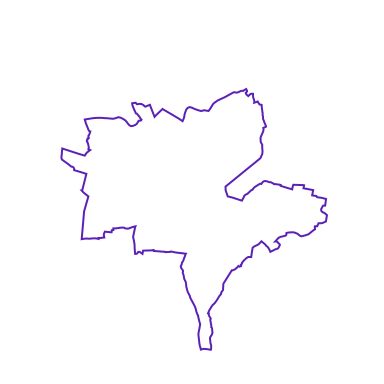 Beius, Bihor, Romania, rotated 136°
{"feature_id": "2599482B17721412870044", "entity_name": "Beius", "entity_type": "district", "adm_level": 2, "iso_a3": "ROU", "parent_name": "Romania", "parent_adm1": "Bihor", "projection": "mercator", "projection_center": [22.351, 46.679], "detail": "fine", "context": "isolated", "style": "outline", "palette": "violet", "viewbox_px": 384, "rotation_deg": 136, "n_neighbors": 0, "source": "geoboundaries", "source_scale": "gbopen_adm2", "svg_char_len": 5982}
<svg xmlns="http://www.w3.org/2000/svg" viewBox="0 0 384 384"><g transform="rotate(136 192 192)"><path d="M220.6,315.1L223.6,307.8L223.5,306.5L223.2,306.2L223.6,306.0L224.0,305.6L226.8,304.4L227.7,304.3L228.0,303.7L228.5,302.9L229.0,302.4L229.8,302.5L230.0,302.9L230.6,302.3L231.2,302.5L232.2,301.9L232.4,301.5L232.4,300.8L232.7,300.7L233.0,299.3L235.1,296.0L235.6,295.3L236.1,295.3L236.7,294.6L237.1,294.4L237.1,294.0L236.8,293.7L236.4,293.6L236.1,292.9L240.6,293.4L241.8,293.1L242.4,293.1L243.2,292.7L243.7,292.6L243.9,292.7L246.8,297.8L249.9,303.6L255.1,313.4L258.7,310.3L262.0,307.5L262.7,306.5L263.0,305.5L261.5,297.0L261.2,294.1L260.3,293.0L260.2,292.2L260.4,290.9L261.6,289.6L257.2,281.8L255.4,278.4L269.7,269.5L270.3,269.9L270.3,269.7L270.4,266.8L269.6,260.8L283.1,253.0L304.1,234.7L302.4,233.6L300.0,231.6L298.4,229.8L294.6,226.7L293.4,225.4L292.1,223.6L292.0,224.1L291.7,224.2L290.9,223.7L290.6,223.4L289.3,222.1L288.5,221.6L286.7,220.2L286.3,220.9L285.6,221.8L285.1,222.6L284.1,223.2L282.2,224.0L278.3,219.3L277.8,218.9L277.1,219.5L276.3,220.2L276.0,220.2L275.1,219.3L273.8,220.5L273.5,220.2L273.1,219.6L269.2,216.6L268.2,216.0L265.8,213.8L265.6,213.3L265.6,212.9L265.5,212.5L264.9,211.7L264.2,210.9L263.7,210.3L262.9,209.7L262.4,209.5L261.3,209.1L260.2,208.6L257.9,207.4L256.9,206.9L256.5,206.6L257.2,206.3L265.6,200.6L267.6,197.3L269.6,194.4L272.4,191.3L275.9,187.0L275.2,186.4L274.7,186.1L274.2,185.9L273.6,185.9L272.5,186.2L272.2,186.2L271.8,185.9L271.3,185.2L271.0,184.2L270.8,183.0L270.6,181.9L267.9,183.8L264.4,180.6L262.6,178.9L259.9,176.9L260.5,176.2L252.8,167.5L252.9,167.2L249.1,163.9L248.5,163.9L245.9,160.0L239.3,151.9L240.1,151.7L240.4,151.4L242.2,150.5L244.1,149.7L245.8,148.7L247.2,148.3L247.9,148.3L249.7,147.1L251.4,146.5L251.7,146.4L252.6,144.7L253.0,142.0L253.7,141.0L254.8,140.3L255.8,138.1L258.0,134.8L259.0,131.6L260.9,129.0L261.8,128.0L264.5,123.1L265.8,118.6L266.7,117.2L269.5,107.4L270.3,105.7L272.0,102.8L273.4,99.6L273.4,98.9L274.1,98.1L276.7,93.7L278.0,91.2L279.1,90.4L282.1,88.2L283.0,87.7L286.2,85.3L288.0,83.0L292.2,77.5L293.6,75.3L294.3,73.6L294.8,73.1L295.1,72.5L292.6,71.1L292.4,70.9L290.1,68.2L288.1,65.5L287.9,65.4L287.3,65.9L285.8,67.2L284.6,68.6L283.8,70.3L280.6,74.4L279.9,74.8L278.7,75.2L277.3,75.4L275.1,76.5L272.1,80.3L272.0,81.5L270.7,82.6L270.2,83.8L269.3,84.8L267.7,87.4L266.5,87.8L265.9,90.4L265.3,92.1L264.3,92.9L264.7,93.6L262.0,94.8L256.3,96.3L252.7,96.3L249.3,96.9L244.0,98.3L242.3,98.3L240.7,99.4L237.7,100.0L233.2,104.2L217.8,108.0L217.6,107.6L214.8,106.5L212.2,106.4L209.9,106.5L209.7,105.3L208.6,104.8L208.2,104.6L207.7,104.8L207.4,105.7L205.7,105.8L205.0,106.4L202.3,106.7L198.2,106.6L196.6,106.1L194.6,104.1L190.1,107.6L187.0,109.8L185.1,109.6L182.4,108.7L180.4,108.1L176.3,108.3L175.9,104.8L175.8,103.1L176.0,101.7L175.8,100.3L175.8,99.0L176.4,96.7L177.2,94.5L176.4,94.3L174.1,93.5L172.0,92.9L169.7,91.8L169.2,91.7L168.6,91.8L167.6,92.1L166.4,92.5L165.7,92.9L165.3,93.2L165.3,94.2L165.3,94.9L165.3,96.2L165.3,96.7L165.6,97.7L166.0,98.2L166.5,98.6L162.0,98.9L160.9,98.7L160.0,98.4L158.9,97.9L156.8,96.6L155.2,95.7L154.4,95.5L153.6,95.9L152.7,96.9L151.6,96.4L150.1,95.3L148.0,93.5L147.0,92.5L146.2,91.2L145.5,89.5L145.0,88.5L145.0,87.0L144.6,85.4L144.6,85.0L143.8,83.9L141.5,82.6L137.9,80.8L136.9,80.6L130.9,80.1L129.5,79.7L127.9,81.6L127.7,81.5L127.4,81.9L126.7,81.4L125.7,80.4L122.7,81.6L121.8,80.7L120.3,79.4L119.7,79.1L117.9,78.4L116.1,77.8L111.0,81.6L111.3,85.3L111.7,85.8L112.1,86.6L112.2,88.3L111.9,88.8L111.6,89.3L110.9,90.0L107.3,91.1L106.6,90.7L105.7,89.7L100.4,93.9L102.8,97.8L105.6,101.3L105.3,102.6L107.9,106.1L103.5,109.2L109.2,117.2L106.7,119.0L107.7,120.3L107.8,120.3L114.1,126.8L115.6,126.1L118.1,124.3L121.2,129.8L124.0,134.9L123.3,135.5L124.6,137.4L125.1,137.8L126.3,139.5L127.4,140.6L127.6,140.9L127.6,141.6L128.2,143.3L128.3,143.7L128.5,144.2L128.9,144.8L129.3,145.1L129.5,145.2L130.0,146.2L130.3,147.0L131.4,148.7L132.0,149.3L133.1,149.9L133.6,150.0L135.3,149.9L136.5,149.6L137.3,150.7L143.5,152.0L144.7,152.0L147.0,151.6L147.7,152.1L153.5,152.2L154.4,152.6L156.1,152.9L157.3,152.9L158.1,152.4L162.1,151.1L167.0,160.3L169.3,163.9L169.2,164.4L166.6,169.9L164.1,172.6L119.3,168.8L114.9,170.6L112.9,172.4L110.7,175.1L108.6,177.3L108.1,179.3L107.9,180.1L106.3,182.0L105.1,183.3L103.7,184.1L99.7,185.7L98.5,186.3L97.9,186.6L97.2,187.3L96.7,187.8L96.2,188.6L94.0,187.7L93.5,187.6L93.2,187.7L93.1,188.0L92.7,188.8L91.4,192.2L90.9,193.1L90.5,194.3L89.9,195.5L88.5,197.0L87.7,198.4L87.4,198.7L86.3,199.7L86.0,200.3L83.1,204.3L82.0,205.5L81.4,206.3L81.8,207.0L82.6,207.9L82.2,210.5L81.9,211.5L83.0,211.9L85.2,213.0L84.5,213.4L83.8,214.6L83.3,215.3L82.2,217.7L79.9,220.3L80.2,220.7L81.7,221.8L83.3,221.9L84.9,221.9L84.9,222.6L85.1,224.0L85.0,224.8L84.6,225.9L82.9,226.0L82.7,226.0L82.1,226.7L81.7,227.6L81.5,228.5L83.1,228.9L84.7,229.1L85.3,229.7L86.7,230.7L88.4,231.3L89.8,231.8L91.1,232.7L92.3,234.5L93.9,235.1L102.5,237.4L104.7,238.2L109.6,239.9L113.8,240.6L115.9,240.6L121.3,239.2L123.8,238.8L126.5,242.4L127.9,243.1L129.3,244.1L130.9,246.8L132.4,249.9L133.6,252.9L134.7,254.7L136.6,255.5L138.7,255.3L141.2,254.2L143.0,253.2L144.2,252.4L145.6,251.3L147.6,250.3L149.6,249.5L150.5,253.9L152.4,260.9L155.4,271.5L155.5,272.2L165.5,272.2L166.7,272.1L163.1,280.8L161.7,284.0L166.3,285.8L166.5,286.4L166.5,287.3L166.6,288.3L166.7,288.9L167.2,290.3L168.1,291.4L169.1,292.3L170.1,292.9L170.6,293.4L170.7,293.7L170.6,294.3L170.5,295.0L170.6,295.4L173.4,297.4L173.8,296.9L174.7,295.6L175.8,292.9L177.7,287.6L177.7,287.3L177.4,286.9L177.2,286.5L177.3,286.0L177.5,283.3L177.6,282.0L177.8,281.3L178.0,280.5L178.1,279.8L178.1,279.1L178.8,278.9L179.3,279.0L180.2,279.7L180.5,280.1L181.4,280.2L183.0,279.7L184.7,279.4L186.6,279.7L188.7,280.7L190.1,281.7L190.7,283.5L190.6,285.6L190.3,287.7L190.2,289.7L190.7,292.1L191.6,294.8L193.0,297.0L194.5,297.6L196.3,298.5L198.0,299.6L201.8,304.0L203.8,306.1L205.1,307.7L209.1,311.6L212.9,314.6L218.8,318.6L220.6,315.1Z" fill="none" stroke="#5b21b6" stroke-width="2"/></g></svg>